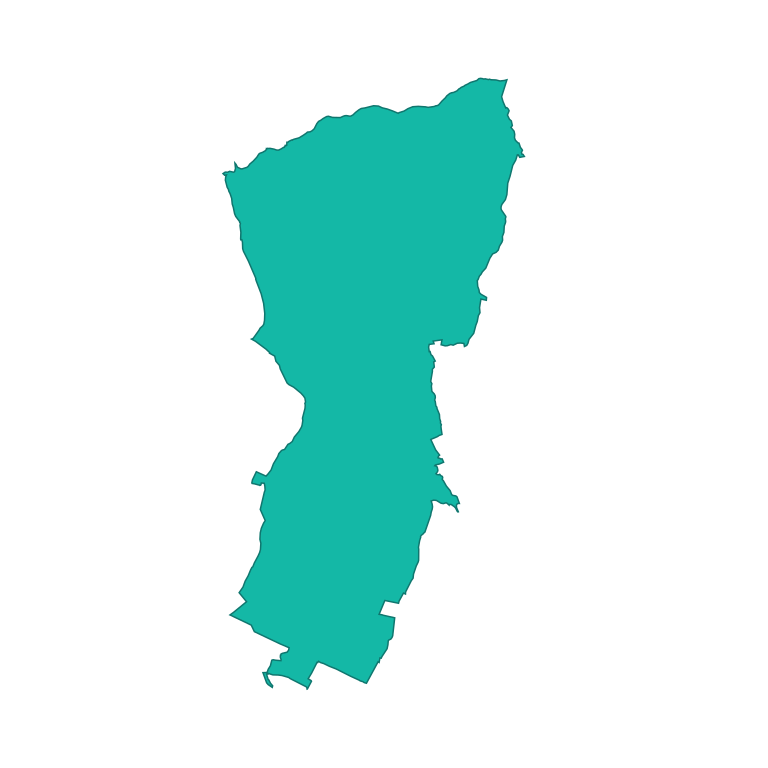 Basesti, Maramures, Romania, rotated 67°
{"feature_id": "2599482B19059750239564", "entity_name": "Basesti", "entity_type": "district", "adm_level": 2, "iso_a3": "ROU", "parent_name": "Romania", "parent_adm1": "Maramures", "projection": "orthographic", "projection_center": [23.105, 47.497], "detail": "fine", "context": "isolated", "style": "filled", "palette": "teal", "viewbox_px": 768, "rotation_deg": 67, "n_neighbors": 0, "source": "geoboundaries", "source_scale": "gbopen_adm2", "svg_char_len": 6170}
<svg xmlns="http://www.w3.org/2000/svg" viewBox="0 0 768 768"><g transform="rotate(67 384 384)"><path d="M561.3,600.1L582.6,581.2L589.7,574.4L591.8,575.9L593.0,578.0L592.2,582.8L592.3,584.3L593.3,585.0L593.2,585.3L595.0,586.2L597.4,586.4L598.4,587.0L595.9,591.7L594.5,593.8L594.4,595.2L599.0,598.7L601.3,602.0L604.1,604.6L603.6,605.0L602.4,608.2L613.2,608.8L615.4,608.1L619.6,605.4L618.3,604.4L615.1,605.4L611.1,605.7L610.8,606.1L605.3,605.5L605.2,605.3L605.7,604.1L605.0,603.8L608.3,600.0L610.6,595.0L612.5,591.8L616.9,586.4L618.6,585.4L632.2,574.0L633.1,573.6L634.8,574.0L634.8,573.7L629.3,566.9L628.5,567.0L625.7,569.0L621.9,563.7L614.0,554.3L614.5,553.8L613.7,552.6L615.6,551.3L617.8,548.7L622.6,544.5L627.6,539.4L640.1,528.8L646.9,522.6L648.0,521.9L649.8,519.7L651.1,518.9L652.6,517.1L637.4,498.0L638.4,497.3L634.6,494.8L635.3,493.7L634.1,492.4L628.9,484.6L625.6,482.3L622.0,480.4L621.5,479.3L621.5,477.4L620.5,475.7L619.2,474.4L603.4,465.5L596.6,475.0L595.6,476.1L594.1,478.5L583.6,467.8L591.5,456.3L589.7,454.9L584.1,447.8L585.7,446.3L583.9,445.4L583.1,444.5L575.7,435.7L574.1,433.1L570.5,431.1L564.1,425.4L561.3,422.2L559.8,421.0L549.7,416.6L547.8,416.1L542.1,412.4L539.4,410.1L538.6,409.9L537.9,408.9L537.2,406.4L536.3,404.7L536.3,404.2L523.2,392.4L520.4,390.6L518.0,388.5L516.0,387.3L513.4,386.6L510.1,386.3L510.3,383.6L511.7,381.2L516.0,378.1L517.3,376.1L517.6,373.3L518.5,372.5L520.9,371.4L520.6,371.2L520.6,370.4L521.2,369.2L524.4,367.2L526.0,366.6L530.0,366.3L530.7,365.9L530.7,365.5L526.3,365.5L524.0,364.8L523.1,363.8L522.9,362.6L523.4,361.3L516.4,360.9L515.1,361.6L513.3,364.3L512.2,364.9L508.0,364.8L502.2,366.5L496.4,367.1L494.8,367.6L494.3,367.6L493.3,366.6L491.9,366.4L490.6,367.5L488.9,368.0L489.0,369.0L488.0,370.7L486.9,371.2L485.5,368.9L484.4,368.1L481.3,367.5L479.9,368.1L479.1,369.2L478.7,368.5L478.7,367.6L479.3,364.3L479.3,359.7L475.7,359.7L475.0,361.3L474.1,361.7L473.4,363.0L472.8,363.1L471.7,362.0L471.2,360.6L464.8,362.2L453.3,362.6L453.3,355.2L452.9,353.4L453.1,350.3L447.0,348.7L444.9,348.0L443.9,347.1L442.0,347.3L440.5,346.5L437.7,346.3L433.8,344.9L427.2,344.8L426.0,344.4L424.4,344.8L419.9,343.6L418.7,343.7L416.6,342.1L414.9,341.5L412.8,341.6L409.5,342.8L404.4,341.2L402.4,339.8L399.9,340.0L391.3,334.5L389.3,333.7L388.1,331.1L383.1,329.6L382.9,327.9L377.2,328.4L375.3,329.3L372.1,328.9L371.9,329.7L367.4,328.5L365.2,326.9L366.5,322.2L363.7,322.0L366.0,313.4L370.2,316.1L372.8,312.8L373.5,310.7L373.8,307.1L375.3,305.1L375.1,300.6L376.2,297.5L377.9,294.6L380.9,295.3L380.8,292.8L379.3,290.8L376.1,288.3L372.4,281.6L365.8,276.5L363.0,273.8L357.9,270.4L355.9,267.8L351.0,266.2L343.7,261.6L346.9,257.1L345.8,256.5L344.4,255.8L339.2,259.7L337.0,260.5L334.6,259.8L330.8,259.6L325.2,257.7L324.7,256.7L322.0,254.1L320.9,251.8L319.3,249.8L317.1,245.0L309.6,237.4L306.7,233.2L306.6,229.4L305.4,226.5L302.2,223.8L299.5,220.0L297.9,218.6L294.5,217.4L291.3,214.4L285.6,211.6L282.9,209.1L281.7,208.4L279.4,207.8L277.9,206.6L277.3,206.4L269.7,207.9L268.1,207.7L266.5,206.9L264.8,205.4L261.7,200.2L257.7,196.9L247.5,191.6L242.0,186.8L233.1,180.1L229.4,175.3L225.2,171.7L225.6,170.8L228.4,170.5L229.4,165.9L227.0,166.3L226.4,167.2L224.5,167.0L222.9,165.2L220.6,165.6L219.8,166.0L215.0,165.6L214.3,166.5L211.0,167.8L208.4,167.7L205.2,166.1L202.1,165.5L197.4,166.9L196.3,164.9L191.6,164.0L189.3,165.1L184.7,165.3L181.4,162.1L179.4,162.2L177.5,163.0L177.5,164.1L170.5,164.1L165.5,163.5L152.0,152.0L151.6,154.7L150.4,158.8L147.9,162.1L145.8,166.5L144.6,167.9L144.6,168.9L142.6,171.6L142.3,173.1L141.6,173.7L140.4,175.6L140.0,177.3L140.9,180.0L140.2,186.6L140.6,189.6L140.7,192.7L141.1,194.1L141.1,197.1L141.5,198.2L141.6,199.6L142.7,202.4L142.8,205.9L142.3,208.2L142.3,210.0L143.3,213.6L144.6,215.8L145.9,219.4L148.5,224.8L148.5,226.3L148.1,228.0L148.2,229.2L146.6,235.3L145.1,237.5L141.8,244.0L140.0,249.2L139.9,254.3L140.6,258.9L140.1,264.2L140.4,265.1L136.0,269.4L132.2,273.5L129.1,277.7L126.0,280.5L123.8,284.9L122.4,293.8L121.5,297.3L121.8,299.9L122.9,304.1L124.2,307.5L124.4,309.9L124.1,310.9L122.3,313.6L121.8,315.0L121.6,316.8L121.7,320.1L118.5,327.2L115.8,330.6L115.4,332.4L115.8,336.2L116.5,339.1L116.7,341.6L118.1,344.1L121.8,348.5L122.8,351.3L123.0,353.5L122.2,356.1L122.7,357.3L123.5,361.2L124.2,366.2L123.5,371.3L123.5,372.8L123.7,373.2L123.3,373.7L123.5,376.8L123.9,377.9L123.5,378.9L126.3,380.3L126.3,381.5L125.8,381.7L127.2,383.3L126.9,383.9L127.4,386.8L127.5,389.7L126.7,391.4L124.8,393.5L122.5,396.9L122.1,398.3L121.6,398.9L121.8,399.5L121.3,400.2L122.1,400.6L122.9,402.1L123.3,405.3L123.1,408.0L123.4,409.3L125.6,412.5L127.8,417.4L129.0,421.4L130.6,424.0L131.0,425.5L130.5,430.7L129.9,431.8L127.2,434.2L124.0,434.4L122.4,434.9L127.6,436.5L130.1,438.5L130.3,439.7L127.9,443.0L128.0,445.1L126.9,447.4L127.4,450.0L129.6,449.1L130.0,447.3L131.5,448.8L134.4,450.4L141.7,451.5L144.0,451.2L146.0,451.5L148.6,451.3L153.7,451.7L159.1,453.4L162.5,453.7L168.9,455.0L171.8,455.0L178.3,453.4L178.8,453.7L180.0,453.4L181.8,454.6L188.5,456.5L194.5,459.3L195.3,459.5L195.6,458.5L198.2,458.9L204.2,461.2L207.0,461.5L217.7,460.8L236.8,460.7L237.2,461.1L239.0,461.3L252.9,461.8L262.7,463.3L272.5,466.2L278.7,469.1L282.0,471.3L283.1,472.9L284.2,476.2L285.7,478.1L290.9,486.6L290.9,488.4L294.5,485.6L305.8,479.0L309.9,477.2L311.0,476.9L311.1,477.2L315.6,473.7L320.8,474.6L326.0,473.0L329.6,473.6L345.2,472.8L347.4,471.8L351.6,468.4L359.8,464.1L363.2,462.9L366.1,462.3L370.0,463.3L370.9,464.4L372.5,464.7L375.5,466.2L383.6,472.4L385.9,473.0L389.9,475.5L391.4,476.8L394.5,480.9L397.8,487.3L401.1,490.9L401.9,493.8L402.0,496.0L405.4,501.1L405.1,503.2L405.2,504.4L406.9,507.9L409.4,510.3L414.2,516.9L419.1,521.6L421.5,525.9L422.7,528.6L414.9,535.8L420.9,542.6L423.4,544.3L424.0,544.3L425.4,542.1L428.0,538.8L428.6,537.6L428.8,537.7L428.9,537.1L428.6,536.6L427.2,535.6L428.6,533.0L431.8,533.7L435.2,534.9L436.8,536.4L451.1,546.9L463.3,546.7L465.0,549.2L468.9,553.3L472.6,556.0L478.5,558.9L482.5,559.6L488.1,562.4L490.4,564.2L493.1,567.1L498.0,573.2L501.1,576.3L501.2,577.2L502.9,579.3L507.5,584.0L511.2,588.8L515.8,593.1L519.5,598.9L530.7,595.6L535.5,612.1L536.4,616.0L554.1,600.4L561.3,600.1Z" fill="#14b8a6" stroke="#0f766e" stroke-width="1.5"/></g></svg>